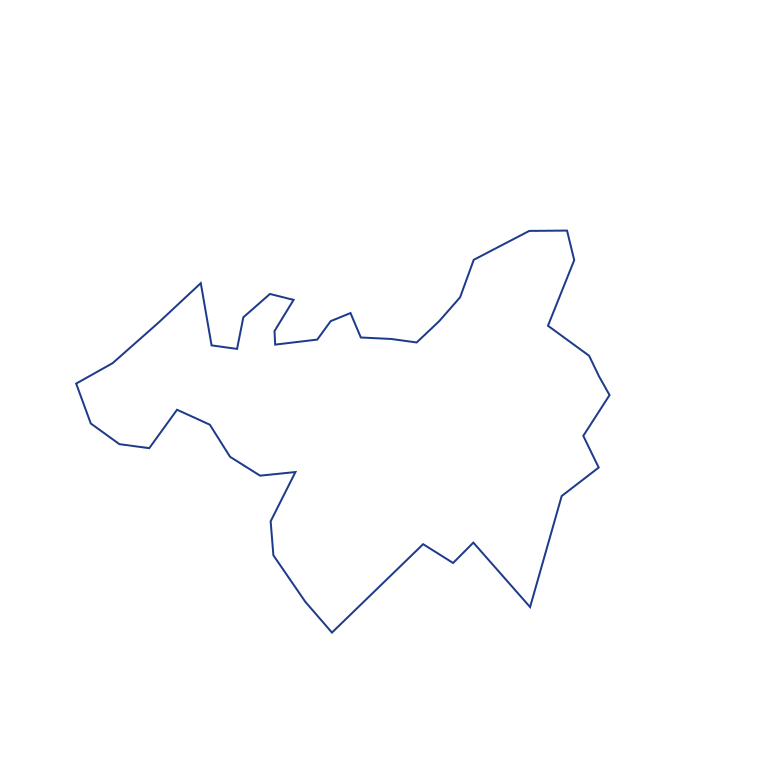 an SVG outline of Strencu, rotated 126°
{"feature_id": "LVA-5795", "entity_name": "Strencu", "entity_type": "Municipality", "adm_level": 1, "iso_a3": "LVA", "parent_name": "Latvia", "parent_adm1": "", "projection": "albers", "projection_center": [25.772, 57.614], "detail": "fine", "context": "isolated", "style": "outline", "palette": "blue", "viewbox_px": 768, "rotation_deg": 126, "n_neighbors": 0, "source": "natural_earth", "source_scale": "10m", "svg_char_len": 742}
<svg xmlns="http://www.w3.org/2000/svg" viewBox="0 0 768 768"><g transform="rotate(126 384 384)"><path d="M364.5,464.1L346.3,452.8L360.0,430.1L343.3,404.6L331.2,382.0L300.9,376.3L269.1,373.4L230.8,384.4L211.3,374.7L174.8,356.5L152.3,326.1L172.0,302.9L240.5,285.6L240.6,234.6L251.3,214.8L260.4,195.0L308.8,192.3L325.4,161.2L370.2,174.4L478.6,134.7L459.8,218.5L488.2,222.9L490.6,258.2L615.7,280.0L606.4,319.8L587.6,372.8L561.7,395.0L507.3,403.9L531.0,430.4L533.4,465.7L519.3,501.0L526.5,536.3L573.9,536.2L588.2,562.7L588.3,598.0L564.6,633.3L526.6,615.8L467.3,602.6L410.1,591.5L454.1,546.2L442.0,523.5L412.7,537.0L378.2,529.2L369.1,506.6L405.5,503.7L416.1,495.2L387.3,464.1L364.5,464.1Z" fill="none" stroke="#1e3a8a" stroke-width="2"/></g></svg>